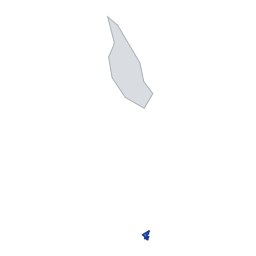 Teliu, Palau shown in context, rotated 320°
{"feature_id": "81905179B53694522517045", "entity_name": "Teliu", "entity_type": "district", "adm_level": 2, "iso_a3": "PLW", "parent_name": "Palau", "parent_adm1": "", "projection": "mercator", "projection_center": [134.229, 6.987], "detail": "fine", "context": "in_parent", "style": "filled", "palette": "blue", "viewbox_px": 256, "rotation_deg": 320, "n_neighbors": 0, "source": "geoboundaries", "source_scale": "gbopen_adm2", "svg_char_len": 2064}
<svg xmlns="http://www.w3.org/2000/svg" viewBox="0 0 256 256"><g transform="rotate(320 128 128)"><path d="M169.1,117.6L153.1,123.3L145.6,102.9L148.1,79.3L158.7,61.2L170.3,55.4L172.6,53.3L183.9,29.7L186.1,42.7L179.0,85.8L169.9,102.6L169.1,117.6Z" fill="#d9dde1" stroke="#a8b0b8" stroke-width="1"/><path d="M71.5,219.3L70.5,219.2L70.5,219.3L70.6,219.5L70.6,219.9L70.7,220.0L70.7,220.3L70.7,220.5L70.8,220.8L70.8,221.0L70.8,221.3L70.9,221.5L70.9,221.9L70.9,222.0L70.9,222.4L71.0,222.5L70.9,222.6L70.5,222.9L70.4,222.9L70.2,223.1L69.9,223.3L70.0,223.4L70.3,223.2L70.5,223.0L70.7,222.9L70.8,222.9L71.0,222.8L71.0,223.0L71.1,223.4L71.1,223.5L70.9,223.5L70.9,223.4L70.8,223.2L70.7,223.2L70.6,223.3L70.8,223.4L70.8,223.5L70.9,223.8L70.7,223.9L70.3,223.8L70.2,223.8L70.1,223.7L70.4,223.5L70.4,223.4L70.5,223.4L70.5,223.2L69.9,223.6L70.0,223.7L70.1,223.8L70.4,223.9L70.5,223.9L70.8,224.0L71.0,224.1L71.1,223.9L71.0,223.7L71.3,223.7L71.3,223.8L71.3,224.0L71.4,224.3L71.5,224.4L71.6,224.5L71.4,224.5L71.2,224.4L70.9,224.3L70.8,224.7L70.8,225.0L70.8,225.3L70.9,225.5L70.9,225.8L71.0,225.9L71.0,226.0L71.3,226.3L71.5,226.2L71.7,225.9L71.8,225.8L71.9,225.7L72.0,225.7L72.1,225.4L71.9,225.3L71.7,225.3L71.7,225.2L71.7,224.9L71.8,224.9L71.9,224.6L72.0,224.5L72.2,224.4L72.3,224.4L72.5,224.3L72.8,224.3L73.0,224.4L73.0,224.5L72.9,224.6L72.9,224.8L72.9,225.0L73.0,225.0L73.3,225.0L73.4,224.8L73.5,224.7L73.8,224.4L73.9,224.2L74.0,224.2L73.9,223.9L73.9,224.0L73.6,224.2L73.6,224.3L73.4,224.4L73.2,224.4L73.0,224.2L72.9,224.2L72.8,223.9L72.8,223.7L72.8,223.4L72.8,223.2L73.1,222.8L73.2,222.7L73.3,222.5L73.4,222.4L73.5,222.3L73.7,222.2L73.8,222.2L74.0,222.0L74.1,221.9L74.1,222.0L74.2,221.9L74.3,222.0L74.5,222.0L74.6,221.9L74.8,221.8L75.0,221.7L75.2,221.8L75.3,221.9L75.3,222.0L75.4,222.3L75.5,222.3L75.7,222.1L75.8,222.0L75.8,221.9L76.0,221.8L76.0,221.7L76.3,221.5L76.5,221.4L76.7,221.2L76.8,221.2L77.1,221.0L77.2,220.9L77.3,220.9L77.5,220.9L77.7,220.7L77.8,220.7L78.1,220.6L78.3,220.6L78.4,220.4L78.5,220.4L71.5,219.3Z" fill="#3b82f6" stroke="#1e3a8a" stroke-width="1.5"/></g></svg>